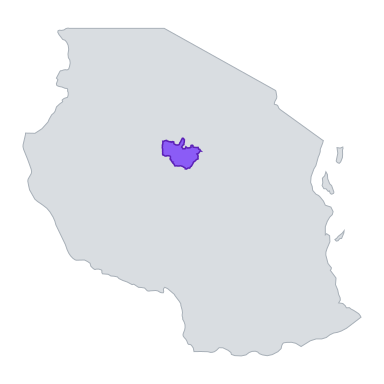 location of Ikungi, Singida, United Republic of Tanzania
{"feature_id": "72390352B5494870713744", "entity_name": "Ikungi", "entity_type": "district", "adm_level": 2, "iso_a3": "TZA", "parent_name": "United Republic of Tanzania", "parent_adm1": "Singida", "projection": "mercator", "projection_center": [34.477, -5.124], "detail": "fine", "context": "in_parent", "style": "filled", "palette": "violet", "viewbox_px": 384, "rotation_deg": 0, "n_neighbors": 0, "source": "geoboundaries", "source_scale": "gbopen_adm2", "svg_char_len": 8181}
<svg xmlns="http://www.w3.org/2000/svg" viewBox="0 0 384 384"><path d="M132.1,284.6L127.2,282.0L122.7,280.4L119.0,278.6L117.4,276.9L113.9,276.2L110.9,276.0L108.2,274.3L102.5,273.8L101.9,272.7L101.8,270.3L100.8,269.7L98.7,269.1L96.5,269.1L95.1,269.5L94.3,269.3L92.5,267.9L90.8,266.1L90.1,263.3L87.5,261.5L84.5,260.0L76.2,260.2L74.9,259.7L72.9,258.3L70.6,255.9L68.8,253.2L67.1,249.6L65.4,244.6L55.9,224.9L54.9,221.2L53.1,217.1L50.0,212.0L46.8,208.2L42.4,204.8L37.4,201.4L34.8,199.1L29.6,189.9L28.6,185.5L27.8,181.1L28.1,179.2L31.3,173.5L31.6,171.8L31.3,169.6L29.7,165.0L27.7,159.5L23.6,149.3L23.0,146.7L23.1,144.8L25.5,134.5L25.5,133.1L35.0,133.3L42.0,128.7L48.0,122.0L49.2,119.2L51.7,114.8L54.1,112.7L55.1,111.2L56.5,106.9L59.6,104.0L62.7,101.7L62.1,100.1L62.6,99.6L64.2,98.4L67.5,97.3L68.2,95.1L68.2,92.5L67.6,91.1L67.7,89.5L67.2,88.5L65.1,88.3L61.9,87.0L59.2,86.5L57.4,85.8L56.7,85.2L56.4,83.7L57.9,79.7L56.4,78.1L59.8,71.6L60.4,70.8L61.6,70.7L63.5,70.0L65.2,69.7L66.7,69.9L67.8,69.7L68.7,68.9L69.5,66.7L70.2,63.0L69.8,60.0L68.4,57.7L68.0,54.1L68.7,49.3L68.2,45.4L66.7,42.2L65.1,40.3L62.7,39.4L59.0,34.6L57.8,32.3L58.0,30.8L59.3,30.2L61.7,30.4L64.0,29.9L66.1,28.5L68.1,28.1L69.2,28.4L164.3,28.4L275.4,90.4L275.9,91.1L276.8,96.5L276.6,98.3L274.9,101.4L274.4,103.0L274.3,104.1L274.8,104.5L276.2,104.7L277.5,105.4L277.9,106.0L278.9,108.3L280.1,109.5L322.3,140.0L323.3,140.5L322.7,143.0L320.3,149.2L320.2,151.8L319.2,154.9L318.3,156.9L315.9,165.6L313.9,168.9L311.1,176.6L310.6,182.4L312.2,186.5L312.7,190.4L316.0,194.2L318.6,195.5L320.4,197.3L323.5,201.2L325.3,205.2L330.9,207.1L333.1,211.6L332.3,214.6L329.7,217.2L327.3,221.3L325.3,226.7L325.3,234.9L326.6,233.7L329.6,235.7L329.9,241.8L326.9,248.9L325.9,252.2L325.8,255.0L328.0,263.5L331.4,267.8L331.1,269.2L330.3,270.3L336.0,278.0L335.5,284.7L337.7,289.9L338.6,294.4L340.1,297.8L340.3,300.2L338.6,302.9L342.8,303.5L345.2,305.7L346.4,307.8L349.4,307.7L351.1,309.1L353.5,310.3L358.7,313.7L360.1,315.5L361.0,317.2L346.6,328.2L341.3,331.0L337.6,332.3L333.7,333.0L329.9,334.8L326.3,337.5L321.8,338.9L316.2,338.9L310.3,340.8L301.1,346.5L295.8,343.3L291.6,342.3L286.8,342.4L283.8,342.8L282.8,343.5L281.8,345.4L281.1,348.6L277.9,351.7L272.3,354.6L267.2,355.7L262.5,354.9L259.4,353.7L257.7,352.0L255.3,351.2L252.0,351.4L249.0,352.6L246.0,354.9L241.3,355.9L234.8,355.6L231.4,354.4L230.9,352.5L228.1,350.3L222.9,347.8L219.1,347.7L216.6,350.2L214.4,351.7L212.3,352.3L210.5,352.4L207.9,351.7L200.8,351.5L194.0,351.6L193.3,348.0L191.9,345.9L190.7,344.6L188.4,344.3L187.7,343.3L186.9,341.1L185.8,339.2L184.3,337.6L183.3,336.2L183.0,334.9L183.3,333.4L184.7,329.8L185.1,327.3L185.0,324.7L184.2,322.1L182.6,319.0L182.8,318.1L182.2,316.0L182.2,314.6L182.5,312.7L182.2,310.3L180.8,305.1L180.8,303.8L179.3,301.3L174.8,295.4L174.6,294.6L167.6,288.6L164.8,287.3L163.7,288.4L163.4,289.5L163.7,291.4L163.5,292.3L163.2,292.8L161.5,292.7L160.5,292.5L157.8,290.9L155.7,290.5L150.6,290.8L148.8,291.1L147.3,290.8L144.6,288.0L141.4,287.5L138.5,287.3L133.8,284.2L132.1,284.6ZM331.6,185.6L333.9,192.1L333.6,193.3L332.0,194.1L331.2,194.1L330.1,193.1L329.4,190.9L328.2,191.4L326.0,188.8L323.9,188.7L322.1,185.6L322.8,182.8L322.4,178.2L324.7,175.8L325.9,171.8L327.4,174.5L327.7,178.8L329.7,183.8L331.6,185.6ZM342.8,147.0L343.0,148.5L342.5,149.9L342.6,154.5L342.4,157.6L340.7,161.8L339.3,163.3L338.0,162.9L337.0,162.2L336.2,161.0L337.8,153.3L337.0,147.6L340.2,148.1L342.8,147.0ZM338.1,240.7L336.5,241.1L335.9,240.7L334.9,239.5L336.6,238.4L338.3,236.3L342.2,233.2L344.1,230.7L343.8,233.1L341.6,238.4L339.7,238.7L338.1,240.7Z" fill="#d9dde1" stroke="#a8b0b8" stroke-width="1"/><path d="M200.9,151.0L200.5,150.6L199.9,149.6L199.7,149.3L199.1,149.2L198.7,149.2L198.5,148.9L198.4,148.4L198.3,148.0L198.3,147.9L198.2,147.7L198.1,147.4L196.7,147.5L196.3,147.5L195.0,147.4L194.2,147.3L193.8,147.2L193.4,147.2L193.1,147.1L193.0,146.9L192.9,146.6L193.0,146.3L193.0,146.0L193.0,145.8L193.0,145.7L192.8,145.4L192.6,145.3L192.3,145.2L192.1,145.3L191.6,145.3L191.2,145.3L191.0,145.5L190.9,146.2L191.0,147.3L190.7,147.4L190.1,147.5L190.0,147.8L189.8,147.8L189.4,147.8L189.2,147.9L188.8,147.9L188.5,147.9L188.1,147.9L187.5,148.0L187.3,148.0L187.2,148.0L186.9,147.6L186.7,147.4L186.4,147.3L186.0,146.9L185.9,146.8L185.6,147.3L185.5,147.8L185.4,148.4L185.2,148.7L184.6,148.8L184.4,148.7L183.7,148.8L183.0,148.8L182.9,148.8L182.9,148.7L182.8,148.3L182.1,147.6L181.6,147.1L181.8,146.7L182.2,146.1L182.4,146.0L182.5,145.9L182.6,145.7L182.8,145.5L183.0,145.0L183.5,144.8L183.7,144.7L183.9,144.6L183.9,144.4L183.9,143.5L184.0,143.0L184.2,142.4L184.2,142.2L184.3,141.8L184.3,141.5L184.3,141.2L184.4,140.8L184.3,140.6L184.3,140.3L184.3,140.2L184.2,139.9L184.3,139.8L184.2,139.7L183.9,139.3L183.9,139.2L183.8,138.9L183.7,138.9L183.6,138.7L183.2,138.3L183.1,138.2L182.8,138.2L182.3,138.3L182.1,138.7L182.0,139.1L181.6,139.5L181.6,139.8L181.4,140.1L181.2,140.5L181.0,140.8L180.9,141.2L180.4,142.2L180.0,142.5L179.5,143.7L179.5,143.9L179.4,144.1L179.3,144.4L178.9,144.7L178.6,144.9L177.8,144.9L177.6,145.0L177.3,145.1L177.0,145.0L176.3,145.0L176.1,144.9L175.9,144.8L175.8,144.7L175.6,144.8L175.4,144.7L175.1,144.5L175.0,144.4L174.6,144.3L174.5,144.2L174.2,144.1L173.7,142.9L173.9,142.1L173.7,142.0L173.6,141.9L173.5,142.0L173.4,141.9L172.9,142.0L172.8,141.7L172.7,141.6L172.4,141.7L172.2,141.7L172.1,141.8L171.9,141.9L171.8,142.0L171.7,142.0L171.2,142.3L171.0,142.1L170.9,142.0L170.8,141.9L170.7,141.8L170.7,141.7L170.4,141.7L170.2,141.8L170.0,141.7L169.7,141.7L169.4,141.7L169.1,141.6L168.8,141.6L168.7,141.6L168.4,141.4L168.2,141.2L167.9,141.1L167.6,141.1L167.4,141.2L167.2,141.2L167.0,140.9L166.7,140.4L165.7,140.5L165.1,140.7L164.9,140.7L164.4,141.0L163.8,141.2L163.6,141.3L162.8,141.3L163.0,142.2L162.9,142.4L162.8,142.6L162.8,142.8L162.8,143.1L162.8,143.6L162.7,144.2L162.6,144.6L162.4,144.8L162.3,145.1L162.4,145.3L162.4,145.6L162.4,145.9L162.5,146.1L162.4,146.5L162.3,147.0L162.3,147.3L162.3,147.6L162.3,148.0L162.6,148.8L162.7,149.2L162.6,149.5L162.6,150.0L162.7,150.3L162.6,150.6L162.6,151.2L162.6,151.4L162.6,151.7L162.6,151.9L162.7,152.2L162.7,152.3L162.7,152.5L162.7,153.1L162.6,153.3L162.6,153.6L162.7,153.9L162.6,154.1L162.6,154.3L162.8,154.6L162.9,154.9L162.9,155.0L163.1,155.1L163.3,155.1L163.5,155.0L164.0,155.4L164.3,155.5L164.6,155.8L165.0,156.0L165.3,156.0L165.5,156.0L165.8,156.1L166.1,156.1L166.2,155.9L166.6,155.8L166.8,155.7L167.0,155.7L167.2,155.8L167.6,155.7L168.1,155.7L168.3,155.7L168.8,155.8L169.2,155.9L169.7,156.0L170.0,156.1L170.4,156.6L170.5,156.9L170.5,157.1L170.4,157.4L170.4,157.6L170.3,157.9L170.3,158.0L170.4,158.3L170.3,158.6L170.1,158.7L170.1,158.9L170.4,159.2L170.5,159.3L170.4,159.4L170.5,159.5L170.5,159.8L170.8,160.0L171.2,160.2L171.3,160.4L171.3,160.8L171.6,161.2L171.8,161.3L172.1,161.7L172.2,161.9L172.2,162.1L172.4,162.2L172.5,162.2L172.4,162.3L172.5,162.4L172.6,162.6L172.9,162.8L172.9,163.1L173.2,163.4L173.5,163.5L173.7,163.9L173.8,164.0L174.1,164.3L174.4,164.9L174.5,165.3L174.6,165.5L174.7,165.8L174.8,165.9L175.5,165.9L175.8,165.9L176.5,165.8L177.0,165.9L177.6,166.0L178.7,166.0L179.4,166.0L180.0,165.8L180.4,165.8L180.7,165.8L181.6,166.1L182.6,166.4L182.9,166.6L183.2,166.8L183.3,166.9L183.7,167.2L184.1,167.3L184.8,167.7L185.0,167.8L185.1,168.2L185.3,168.4L185.3,168.9L186.4,168.9L186.5,169.0L186.7,168.9L186.8,168.9L187.1,168.6L187.3,168.5L187.6,168.3L188.2,168.0L188.7,168.0L189.5,168.1L189.8,168.0L189.9,167.9L190.0,167.6L190.5,166.7L190.7,166.4L191.1,166.3L191.3,166.3L191.5,166.0L191.9,165.2L192.1,165.0L192.2,164.9L192.7,163.9L193.1,163.2L193.1,162.9L193.3,162.5L193.7,161.9L193.8,161.8L194.2,161.7L194.3,161.5L194.5,161.4L194.9,161.2L195.2,160.9L195.3,160.8L195.5,160.6L196.1,159.9L196.5,159.6L196.8,159.4L197.9,159.0L198.0,159.0L198.1,158.8L198.1,158.6L198.0,158.4L198.0,158.0L197.9,157.5L197.9,157.3L198.0,157.1L198.1,156.9L198.0,156.6L198.1,156.4L198.0,156.1L198.0,155.9L197.9,155.7L198.0,155.4L198.0,155.2L197.9,155.0L197.6,154.9L197.5,154.7L197.4,154.6L197.3,154.4L197.2,154.3L197.3,154.2L197.2,154.1L197.3,154.0L197.3,153.9L197.2,153.8L197.5,153.7L198.2,153.4L198.6,153.2L198.8,153.0L199.0,152.7L199.2,152.4L199.6,151.8L199.6,151.7L200.0,151.3L200.3,150.9L200.9,151.0Z" fill="#8b5cf6" stroke="#5b21b6" stroke-width="1.5"/></svg>